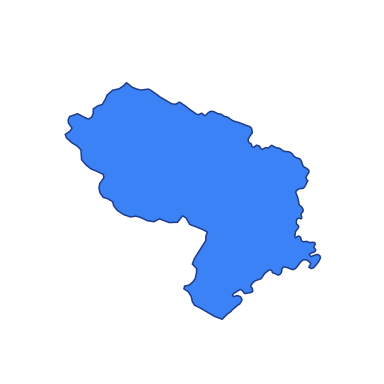 Rasony, Vitebsk, Belarus, rotated 216°
{"feature_id": "67162791B65560195088656", "entity_name": "Rasony", "entity_type": "district", "adm_level": 2, "iso_a3": "BLR", "parent_name": "Belarus", "parent_adm1": "Vitebsk", "projection": "orthographic", "projection_center": [28.698, 55.907], "detail": "fine", "context": "isolated", "style": "filled", "palette": "blue", "viewbox_px": 384, "rotation_deg": 216, "n_neighbors": 0, "source": "geoboundaries", "source_scale": "gbopen_adm2", "svg_char_len": 5185}
<svg xmlns="http://www.w3.org/2000/svg" viewBox="0 0 384 384"><g transform="rotate(216 192 192)"><path d="M309.2,241.9L309.9,237.7L311.6,232.7L316.0,227.8L317.7,220.6L316.7,216.6L316.0,210.1L318.8,206.4L320.7,201.3L318.1,197.4L317.2,193.7L318.7,190.0L324.1,189.0L330.6,188.1L335.4,181.1L334.5,177.4L332.5,175.2L326.6,173.1L326.5,169.4L328.4,164.1L325.4,162.0L318.1,161.2L311.8,161.7L306.6,160.8L303.4,156.9L300.3,153.2L293.5,151.6L287.4,151.3L281.6,152.7L274.1,154.1L271.7,151.8L271.6,144.6L269.6,140.5L265.8,137.2L260.7,135.5L256.6,136.9L250.5,137.6L247.4,134.9L241.6,133.2L233.8,133.6L227.0,135.7L223.3,139.4L218.6,141.2L211.1,142.6L205.3,145.6L202.6,151.1L192.4,153.9L185.9,159.0L185.6,167.2L181.5,167.5L174.7,164.4L168.2,166.2L161.4,167.9L156.0,168.6L154.9,164.5L152.2,160.7L151.9,153.9L151.2,144.8L150.9,139.6L149.4,133.9L143.3,132.8L140.9,129.4L138.5,123.7L138.5,119.4L139.6,115.0L142.7,111.5L141.6,108.9L136.4,109.1L131.2,107.0L127.4,103.6L123.4,101.9L117.9,102.9L110.8,103.6L100.6,104.6L93.5,106.6L92.8,106.7L91.7,114.1L91.2,115.4L90.3,118.0L90.2,120.3L89.7,122.3L88.9,125.1L88.6,127.1L87.6,129.5L87.7,131.7L88.1,133.9L89.2,135.0L91.0,135.7L92.3,135.5L93.9,135.1L94.8,134.5L95.3,134.0L95.8,133.0L96.9,131.9L97.4,131.9L98.4,132.1L98.6,133.2L98.6,134.3L98.2,135.7L97.6,136.9L97.0,138.4L96.4,139.9L95.4,141.6L93.7,141.8L91.8,141.4L90.6,140.8L89.9,140.8L88.8,141.5L88.0,142.6L86.9,143.6L85.9,144.6L84.7,146.1L84.5,147.4L86.0,149.0L87.2,149.7L88.5,149.9L89.3,150.7L89.5,152.5L89.3,155.2L88.8,156.9L87.8,158.7L86.9,159.9L85.6,161.7L85.1,163.0L85.2,165.2L85.3,168.1L85.1,169.5L84.6,171.3L83.7,174.2L82.2,175.3L81.4,175.3L80.7,175.0L80.2,174.4L79.1,174.0L78.1,174.4L77.3,174.7L76.0,175.0L75.1,175.1L73.9,175.3L73.2,175.6L72.7,176.4L72.3,178.4L72.5,179.8L73.0,180.9L73.8,181.8L74.1,183.1L74.0,184.4L73.5,185.6L71.9,186.3L69.7,187.1L67.7,187.5L66.3,187.9L64.9,188.4L63.9,189.7L63.2,191.5L63.0,193.4L63.0,194.8L63.0,198.8L62.6,201.4L61.7,202.9L59.5,204.4L57.4,204.4L55.9,204.4L54.3,204.1L53.5,202.9L53.5,201.2L53.3,199.9L51.9,199.9L50.5,200.2L49.4,201.7L49.0,202.9L48.7,205.8L48.6,208.3L48.6,210.0L49.0,212.4L49.4,214.3L50.9,215.5L52.0,215.5L53.3,215.4L54.2,214.9L54.9,214.1L55.8,212.8L56.9,211.1L57.9,209.7L59.2,209.8L60.4,210.4L59.9,212.2L58.7,213.9L57.9,215.1L57.5,216.8L58.2,218.1L59.2,218.4L60.2,218.7L61.1,219.0L61.4,220.2L61.4,221.1L61.6,222.1L62.4,223.0L63.5,223.0L64.4,222.5L65.4,221.8L66.2,221.0L67.3,220.2L68.7,219.9L69.9,219.6L71.2,218.6L72.5,217.2L74.0,216.9L74.9,217.0L76.0,217.8L77.1,218.9L78.5,219.3L79.9,219.0L80.4,218.2L80.9,217.1L81.2,215.9L81.9,215.9L82.9,216.6L83.2,217.7L84.0,218.9L84.6,220.1L85.0,220.9L85.0,221.9L84.9,223.3L84.8,224.6L84.9,225.6L85.4,226.8L86.5,227.4L87.6,227.4L88.2,227.4L89.0,227.9L89.8,228.8L90.3,229.4L90.7,230.3L91.0,231.5L91.1,232.3L90.9,232.8L90.4,233.5L89.5,233.9L88.6,234.1L87.9,234.6L87.9,235.5L88.5,236.2L89.5,236.9L90.7,238.3L90.9,239.0L90.8,240.1L90.8,241.1L91.0,242.1L91.6,242.9L92.7,243.7L94.7,244.4L95.9,244.5L97.4,244.5L98.5,245.2L99.5,246.4L100.8,247.4L101.8,248.5L103.0,249.4L104.3,250.5L105.7,251.2L106.9,252.1L107.9,252.6L108.3,254.2L108.1,255.4L107.5,256.9L107.0,257.8L105.9,258.9L104.7,259.7L104.1,260.8L103.9,262.1L104.2,264.5L104.4,266.0L104.7,267.2L104.8,269.1L105.5,269.1L107.1,269.8L108.2,270.6L108.7,272.0L108.8,273.6L108.9,275.1L109.0,276.5L109.8,277.8L110.5,278.3L113.1,278.5L114.4,278.4L115.9,278.1L117.0,278.2L118.1,278.8L119.3,279.6L120.3,280.3L120.9,280.8L122.2,281.6L124.0,282.1L124.8,282.1L125.9,281.7L127.0,281.3L128.3,281.0L129.3,280.8L131.0,281.0L132.2,281.4L133.3,281.8L134.7,281.9L135.8,281.8L137.7,281.3L139.2,280.3L140.0,279.8L141.0,279.3L143.0,278.9L144.9,278.9L146.0,278.9L147.2,278.7L148.3,278.2L149.5,277.6L150.4,277.3L151.4,277.1L152.8,276.9L154.3,276.8L154.8,276.7L155.4,275.8L155.6,274.3L155.8,273.1L156.2,272.4L156.9,272.0L157.9,271.6L158.6,271.0L159.1,270.1L159.5,269.1L160.0,268.0L161.0,267.5L162.0,267.6L162.9,268.1L163.7,268.5L164.6,268.7L165.5,268.6L167.4,267.7L167.9,265.8L168.3,264.6L169.0,264.3L170.4,264.1L171.1,264.7L171.9,265.5L172.7,265.7L173.8,265.6L174.7,265.5L176.6,266.4L177.4,267.5L177.7,268.6L177.9,270.1L178.0,271.8L178.0,273.8L177.9,275.0L178.5,275.9L178.9,276.4L180.3,277.6L181.2,278.4L181.8,278.7L183.2,278.8L184.4,278.7L185.6,278.3L187.3,277.8L188.3,277.4L189.8,277.1L192.6,276.4L194.5,275.9L196.7,275.1L198.5,274.4L199.8,274.0L201.8,273.6L203.2,273.5L205.6,273.6L207.2,273.5L208.2,273.1L209.1,272.7L210.4,272.2L212.4,272.2L213.8,272.1L215.3,271.6L216.3,271.0L217.4,270.5L219.1,270.2L220.8,270.0L221.7,269.7L222.8,269.3L224.1,268.4L225.0,267.1L225.7,264.8L225.8,263.3L226.1,262.2L226.7,261.4L227.7,261.1L228.6,261.3L229.7,261.6L230.8,261.1L231.4,260.1L231.6,259.2L232.1,258.5L233.1,258.0L234.1,257.6L236.3,257.6L239.8,257.5L244.3,257.5L248.0,257.7L252.0,257.5L254.0,257.6L255.3,257.0L255.8,255.7L256.6,253.7L257.7,252.9L259.2,251.9L261.0,251.3L263.2,251.1L266.0,250.9L271.4,250.3L273.6,250.1L277.7,250.2L282.4,250.1L285.8,250.0L287.0,249.8L288.1,249.4L288.9,248.6L289.7,247.8L290.6,247.0L291.3,246.3L292.3,245.3L293.9,244.1L295.1,243.7L296.3,243.2L297.3,242.8L300.3,242.0L302.2,241.6L304.5,241.7L309.2,241.9Z" fill="#3b82f6" stroke="#1e3a8a" stroke-width="1.5"/></g></svg>